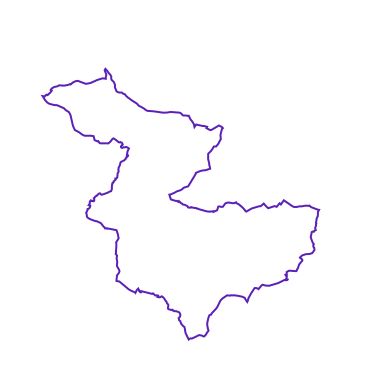 Nocrich, Sibiu, Romania (Albers equal-area conic projection), rotated 344°
{"feature_id": "2599482B38030332657871", "entity_name": "Nocrich", "entity_type": "district", "adm_level": 2, "iso_a3": "ROU", "parent_name": "Romania", "parent_adm1": "Sibiu", "projection": "albers", "projection_center": [24.444, 45.866], "detail": "fine", "context": "isolated", "style": "outline", "palette": "violet", "viewbox_px": 384, "rotation_deg": 344, "n_neighbors": 0, "source": "geoboundaries", "source_scale": "gbopen_adm2", "svg_char_len": 6012}
<svg xmlns="http://www.w3.org/2000/svg" viewBox="0 0 384 384"><g transform="rotate(344 192 192)"><path d="M225.7,301.6L226.9,301.9L228.2,302.6L229.1,303.7L233.4,300.8L234.3,300.6L236.9,302.2L240.4,303.4L249.7,303.3L256.4,302.1L257.3,302.2L258.0,302.8L259.5,302.8L259.8,302.5L259.1,302.1L258.7,301.2L259.2,300.8L259.9,299.2L259.2,298.4L259.0,297.4L259.3,297.4L259.5,298.0L260.3,297.7L259.9,297.1L260.8,295.9L261.0,295.0L263.7,294.4L270.3,296.8L270.9,296.6L271.7,295.3L272.8,294.5L275.0,291.2L279.2,288.3L279.3,287.1L277.6,284.9L277.8,284.7L280.2,283.4L282.9,283.2L284.4,283.2L288.2,284.0L290.9,283.8L293.8,281.4L294.1,279.1L293.7,278.7L293.7,277.3L294.0,276.3L294.7,275.8L294.0,273.6L293.6,268.3L296.1,263.5L296.9,263.3L298.0,263.8L298.3,263.3L300.5,262.7L300.3,262.0L300.5,260.6L302.2,257.9L302.2,257.4L302.8,256.6L302.6,256.0L302.8,255.4L303.1,255.1L304.6,251.7L306.3,249.8L307.6,245.9L309.2,244.2L308.4,243.9L302.6,239.6L301.9,238.8L301.3,237.6L300.5,237.0L300.8,237.6L297.3,236.4L293.1,236.0L291.9,235.5L288.3,235.2L285.7,234.4L283.9,232.5L278.0,225.3L274.0,228.5L273.1,227.0L269.3,229.6L267.5,228.3L260.8,228.6L259.1,225.8L257.8,222.9L254.1,224.6L252.4,224.2L244.8,224.3L238.8,225.8L238.2,225.2L237.2,222.5L235.7,219.8L235.0,219.0L233.9,217.1L231.6,214.9L231.4,214.0L229.9,214.4L228.0,214.0L224.5,212.3L223.0,212.0L221.8,212.0L220.7,212.3L217.6,214.7L216.0,214.4L214.5,213.4L213.2,213.3L211.1,216.5L207.2,217.0L207.3,216.4L203.3,215.7L200.7,214.6L193.7,210.3L193.4,209.8L191.9,209.2L191.7,208.7L188.7,207.4L187.1,206.3L186.5,206.7L185.9,206.6L183.9,205.7L183.9,204.6L181.6,202.4L179.9,201.6L179.0,200.1L178.4,199.8L177.3,197.7L176.9,197.9L176.7,197.2L176.1,197.5L175.9,197.1L175.3,196.9L175.2,196.5L173.4,195.8L170.5,193.8L170.0,193.7L169.6,192.9L169.5,188.3L171.3,188.4L174.9,187.9L177.7,187.2L180.6,187.2L183.2,186.7L184.3,186.0L185.6,185.6L189.9,185.5L200.4,175.8L200.8,174.8L201.1,174.7L205.9,174.1L209.5,174.4L210.7,174.8L215.9,174.6L216.1,171.9L216.0,170.9L216.4,169.3L216.6,164.8L218.1,159.7L221.4,157.9L223.6,156.2L225.3,154.5L225.7,154.3L227.7,154.9L230.8,152.8L232.1,151.2L234.2,149.2L235.2,144.7L238.2,139.6L239.3,139.1L238.7,137.8L236.2,135.5L228.5,137.5L227.3,137.7L226.5,137.5L223.5,134.6L224.5,133.5L221.5,131.7L220.5,131.5L214.6,128.3L212.3,130.2L212.5,127.2L211.6,124.1L210.6,121.8L209.9,117.8L208.6,117.5L207.1,116.7L205.0,116.2L204.2,115.6L203.2,113.5L201.9,112.3L193.6,109.2L189.5,108.7L185.9,107.7L177.4,103.9L171.5,101.7L171.0,101.1L170.4,100.8L168.9,98.6L166.2,95.8L164.8,94.7L163.3,91.7L160.0,88.0L156.2,83.2L155.4,81.9L154.2,79.2L153.0,78.7L152.0,77.1L149.4,76.3L148.1,75.4L147.1,74.2L147.1,72.8L146.8,71.2L146.8,69.7L147.5,68.1L147.5,67.3L147.1,64.6L145.6,61.9L145.6,60.6L146.2,59.0L145.9,57.1L144.7,54.7L143.9,52.1L142.7,49.8L142.3,50.2L142.4,50.7L141.6,51.0L142.0,55.2L141.7,56.2L140.8,57.7L140.4,59.4L137.4,58.1L136.6,58.1L131.8,58.2L125.0,59.2L121.1,59.0L119.8,58.7L118.0,57.5L112.9,53.7L110.6,53.4L108.0,53.8L105.0,55.1L104.8,54.7L102.1,54.9L98.3,54.5L93.6,52.8L92.1,53.3L88.5,53.1L85.8,53.8L84.3,54.9L85.1,55.9L83.0,57.5L81.0,58.4L80.9,58.7L80.1,58.9L79.2,58.5L79.0,58.9L78.3,58.6L76.7,59.5L74.8,58.6L76.2,63.4L77.5,66.0L79.1,67.8L83.4,70.4L86.3,71.4L92.0,76.2L93.1,78.3L95.7,81.3L96.4,84.3L95.8,95.6L96.5,100.2L99.9,103.4L102.3,106.6L104.3,108.3L110.2,110.0L112.8,111.2L112.7,115.3L114.8,117.1L115.9,117.2L115.9,117.9L116.4,118.4L116.6,119.4L117.2,119.9L125.0,122.2L127.6,121.0L130.1,119.1L131.3,118.8L133.4,121.2L135.3,124.0L135.7,124.3L136.8,124.2L137.1,124.7L138.0,125.1L138.3,125.7L138.5,127.2L138.1,127.7L137.4,127.7L136.3,128.6L136.1,129.2L136.5,130.1L137.2,130.4L138.7,130.1L139.3,130.5L141.3,130.6L143.4,132.7L141.2,135.2L139.6,138.6L140.6,139.1L140.6,139.5L140.1,139.9L139.0,139.9L138.7,140.9L137.5,141.3L137.2,142.1L136.8,142.3L135.4,142.9L132.0,143.5L131.5,143.8L129.8,146.7L128.0,148.6L127.7,149.9L127.3,150.3L127.2,151.8L126.8,152.6L125.8,153.3L124.1,157.5L122.7,158.0L122.7,158.3L122.1,158.8L121.9,158.6L121.8,159.2L119.6,160.2L119.5,160.8L118.1,161.4L118.1,161.9L117.5,162.2L116.3,165.2L115.8,167.1L114.5,168.9L112.8,168.9L110.4,169.5L104.5,169.8L103.8,169.2L103.4,168.1L102.6,167.8L100.6,168.6L99.9,169.1L99.4,169.1L99.3,169.4L97.6,169.8L96.9,170.6L95.9,170.9L96.0,172.1L95.6,173.4L95.0,173.8L93.0,172.5L92.9,172.9L92.2,172.4L91.2,173.0L90.5,174.9L89.1,176.2L90.4,176.8L90.5,177.1L90.2,177.7L89.3,178.9L87.9,179.7L86.9,179.6L86.2,181.1L84.5,182.8L84.6,184.5L84.2,186.6L84.5,187.7L86.0,189.5L87.5,190.7L90.9,193.2L92.3,193.8L95.6,196.6L96.0,197.2L97.5,201.0L98.5,202.4L98.4,203.0L100.4,203.5L100.4,203.9L102.0,204.3L108.9,207.9L109.1,212.2L108.7,216.3L105.2,219.5L105.0,220.9L104.0,224.3L102.3,228.8L102.2,229.7L101.6,230.4L102.4,232.5L101.3,234.9L100.8,238.9L99.7,241.4L99.5,242.9L100.3,245.9L100.5,247.7L100.3,248.5L99.0,250.0L97.0,251.4L94.8,256.7L94.9,256.8L97.5,258.0L104.4,268.2L107.0,270.8L109.5,272.7L109.8,273.4L111.8,271.1L113.7,270.0L114.0,271.7L113.8,272.4L114.6,274.1L115.3,274.3L115.8,273.3L125.7,279.0L126.5,278.7L127.4,280.0L128.0,281.2L130.6,282.0L131.0,282.4L130.9,283.1L130.1,282.8L129.8,283.3L131.1,284.1L132.5,284.4L134.1,283.9L135.0,284.9L136.0,286.8L136.5,288.9L137.2,290.4L137.3,292.2L138.1,293.6L138.0,294.5L136.8,297.1L136.8,297.6L137.4,298.3L138.8,299.3L139.9,299.6L140.4,300.2L140.9,300.0L141.3,300.9L141.9,301.3L142.1,301.7L143.9,302.2L146.4,304.0L146.7,304.7L147.0,306.0L146.9,307.3L145.9,308.7L144.4,309.5L144.3,311.8L145.2,313.0L145.2,315.5L146.7,318.7L147.5,319.6L147.5,321.1L147.1,323.7L147.0,326.2L148.2,332.9L149.4,332.4L150.6,332.4L151.3,332.8L152.7,332.7L159.3,331.5L161.8,332.6L163.1,333.9L163.9,334.2L166.2,332.9L167.5,331.4L169.2,330.3L169.7,329.7L169.6,327.4L169.8,326.7L169.8,324.7L170.6,322.0L173.0,317.6L174.8,315.2L176.7,315.1L177.3,314.2L183.3,310.6L185.2,308.9L189.5,304.1L192.1,302.7L197.2,301.0L199.9,302.1L200.9,302.0L202.8,302.7L203.6,302.7L207.0,304.2L211.1,306.3L213.5,308.2L213.8,309.9L214.8,312.9L215.7,311.9L217.1,309.5L220.6,306.0L225.7,301.6Z" fill="none" stroke="#5b21b6" stroke-width="2"/></g></svg>